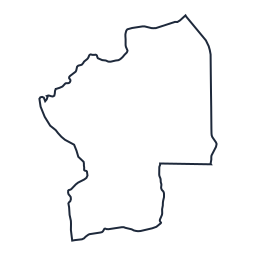 Centre, Natural Earth projection
{"feature_id": "TGO-89", "entity_name": "Centre", "entity_type": "Region", "adm_level": 1, "iso_a3": "TGO", "parent_name": "Togo", "parent_adm1": "", "projection": "natural_earth1", "projection_center": [0.902, 8.593], "detail": "fine", "context": "isolated", "style": "outline", "palette": "slate", "viewbox_px": 256, "rotation_deg": 0, "n_neighbors": 0, "source": "natural_earth", "source_scale": "10m", "svg_char_len": 2677}
<svg xmlns="http://www.w3.org/2000/svg" viewBox="0 0 256 256"><path d="M52.8,96.5L54.3,95.7L54.8,93.5L55.0,91.0L55.7,89.0L55.8,89.0L59.6,87.8L62.5,86.5L65.2,83.6L66.0,83.2L68.1,83.2L69.1,82.9L69.8,82.3L70.4,81.0L70.4,80.1L70.1,79.4L69.6,78.9L69.2,78.4L69.1,77.6L69.3,76.8L70.1,75.9L75.6,71.7L76.0,71.0L76.3,70.2L76.5,69.3L76.7,68.4L77.1,66.7L77.7,66.1L78.4,65.6L80.9,65.0L81.9,64.6L83.3,62.9L83.6,62.4L83.9,61.8L84.4,61.3L87.3,59.0L88.0,58.1L88.5,57.3L88.7,56.5L89.1,55.7L89.5,55.0L90.1,54.6L90.8,54.4L91.7,54.7L92.7,54.9L94.0,54.9L95.7,54.7L96.5,55.1L97.0,55.8L97.2,56.7L97.5,57.5L97.8,58.2L102.2,60.1L103.1,60.2L104.9,60.4L105.8,60.5L108.0,61.5L108.9,61.7L109.8,61.7L110.6,61.7L115.8,60.5L118.3,60.2L119.4,59.7L120.6,58.9L122.6,57.1L124.5,54.8L126.8,52.5L127.3,51.4L127.5,50.5L125.9,46.8L125.6,45.1L125.6,39.2L125.4,36.2L125.4,34.3L125.8,32.4L126.3,30.7L126.7,30.1L127.1,29.6L127.4,29.3L132.1,28.0L142.5,26.4L144.6,26.4L151.5,28.1L153.2,28.2L155.9,28.1L175.0,21.9L177.4,22.0L180.0,20.4L185.5,15.4L186.2,16.6L197.3,30.0L205.9,40.4L208.7,46.2L209.8,50.1L210.6,54.5L210.8,74.6L211.0,92.2L211.2,107.1L211.4,128.7L211.5,133.5L211.7,135.4L212.4,137.2L216.0,142.4L216.6,144.0L216.0,146.8L211.5,155.5L211.3,156.9L211.3,159.7L210.6,163.6L211.0,164.3L160.1,163.5L160.1,164.5L160.0,165.2L159.4,166.6L159.3,167.4L159.2,174.4L159.3,175.4L159.5,176.2L160.4,178.4L160.6,179.3L160.7,181.3L160.8,182.3L161.3,183.9L161.4,184.8L161.1,187.5L161.2,188.3L161.5,189.1L161.8,189.8L162.3,190.4L163.3,191.4L163.6,192.1L163.9,193.0L164.0,193.9L164.0,197.1L163.8,198.0L163.2,200.6L162.9,202.5L162.8,205.6L162.1,209.2L162.2,213.2L162.1,214.1L161.9,215.0L160.0,219.4L159.8,220.2L159.9,220.9L160.2,221.6L161.0,222.6L160.9,223.0L160.7,223.3L156.4,226.8L152.2,228.3L140.6,231.0L138.0,231.2L135.8,230.9L133.7,230.4L132.3,229.6L131.2,229.2L125.3,227.8L123.8,227.2L121.8,227.2L108.5,229.2L106.5,229.1L105.8,228.8L105.1,228.6L104.4,228.8L103.0,231.2L102.5,231.7L102.0,232.1L100.5,232.5L89.4,234.2L88.2,234.8L86.0,236.4L84.9,237.4L84.1,238.3L82.0,239.3L75.0,240.1L72.2,240.6L70.9,230.0L71.0,224.0L70.9,220.9L69.6,214.9L69.1,207.3L68.4,203.4L69.1,202.2L70.2,201.3L70.9,199.2L70.7,197.0L69.7,195.6L68.6,194.4L68.1,192.7L68.2,190.6L68.9,190.0L70.0,189.8L71.2,189.2L75.8,184.4L78.1,182.6L84.2,179.5L86.4,177.9L87.5,175.5L86.9,171.5L86.4,171.0L84.8,170.6L84.2,170.1L84.1,169.3L84.2,167.7L83.9,165.4L83.9,163.5L83.6,161.8L78.3,156.8L76.5,150.7L74.1,144.7L65.0,139.8L61.4,136.8L58.1,133.2L55.7,130.1L50.2,125.7L44.7,116.8L40.6,106.7L39.7,100.8L39.4,98.8L40.4,97.3L42.1,96.9L43.8,97.6L45.2,101.2L46.7,99.4L47.6,96.7L46.9,96.0L48.3,95.5L49.6,95.7L51.0,96.2L52.8,96.5Z" fill="none" stroke="#1e293b" stroke-width="2"/></svg>